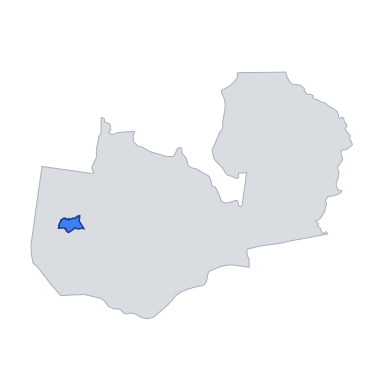 Limulunga, Western, Zambia shown in context, rotated 8°
{"feature_id": "96606910B48739682467937", "entity_name": "Limulunga", "entity_type": "district", "adm_level": 2, "iso_a3": "ZMB", "parent_name": "Zambia", "parent_adm1": "Western", "projection": "mercator", "projection_center": [23.382, -14.96], "detail": "fine", "context": "in_parent", "style": "filled", "palette": "blue", "viewbox_px": 384, "rotation_deg": 8, "n_neighbors": 0, "source": "geoboundaries", "source_scale": "gbopen_adm2", "svg_char_len": 5835}
<svg xmlns="http://www.w3.org/2000/svg" viewBox="0 0 384 384"><g transform="rotate(8 192 192)"><path d="M259.1,258.6L241.7,258.6L235.4,260.0L230.2,262.2L224.0,265.6L220.5,267.9L219.5,269.2L219.0,272.1L219.0,276.5L218.4,279.7L216.5,282.7L207.1,286.2L200.9,289.1L194.9,292.6L190.3,297.0L187.2,302.5L182.0,309.3L171.2,321.5L164.9,323.8L159.6,323.3L153.3,320.8L148.2,320.3L144.5,321.9L141.0,321.4L137.9,318.8L135.2,317.9L133.1,318.6L130.3,318.4L125.3,317.0L121.0,312.7L118.6,310.9L116.8,310.2L111.6,309.5L99.7,308.5L87.3,310.7L76.4,312.9L65.3,303.2L54.7,292.9L52.4,290.4L48.4,286.9L45.5,285.3L44.4,284.4L41.5,275.4L39.9,267.0L39.9,187.6L88.4,187.6L91.6,187.2L91.7,186.4L89.5,182.2L89.6,180.7L90.2,177.8L92.3,172.1L92.4,170.2L91.5,164.0L91.5,160.5L92.1,153.5L91.8,151.2L92.9,148.0L93.3,146.0L93.7,145.1L93.2,142.7L92.2,134.4L91.7,130.9L94.6,131.4L95.5,133.1L96.1,135.0L97.4,135.1L100.9,136.2L102.1,137.7L102.8,141.1L102.4,142.8L101.3,144.1L102.4,145.4L104.7,146.2L106.0,145.9L109.9,143.7L113.5,142.8L115.4,142.2L123.4,140.7L125.0,139.9L126.1,139.9L126.9,140.6L126.2,142.9L125.9,145.0L126.9,149.0L127.7,150.8L129.3,152.2L130.5,152.9L131.9,154.3L134.7,154.1L140.8,156.1L142.7,157.0L145.3,157.9L147.1,158.3L153.4,159.0L160.1,160.1L163.6,160.2L166.1,159.9L167.8,159.4L168.8,158.7L169.3,158.2L171.8,150.6L173.1,150.1L174.8,149.7L175.8,150.4L176.8,155.1L181.7,159.4L183.3,163.0L184.5,166.1L185.6,166.9L187.4,168.0L190.3,168.3L193.0,168.5L206.0,173.7L207.4,174.7L209.0,177.5L210.0,180.6L211.0,183.2L212.7,183.6L214.2,183.8L215.7,185.5L216.8,187.1L220.7,193.3L221.2,195.7L223.1,197.4L225.6,198.1L228.0,198.2L229.3,197.5L232.7,196.2L235.3,194.7L237.1,194.2L238.3,194.5L239.1,195.5L239.7,198.6L241.5,199.7L242.9,199.3L243.4,198.0L243.5,197.4L243.4,165.0L242.2,165.2L240.7,166.1L237.3,166.3L236.0,166.9L235.5,168.0L235.8,169.3L235.9,171.2L235.4,172.0L233.9,172.4L231.7,171.6L227.7,170.7L224.4,170.2L222.0,167.7L218.8,164.1L216.7,162.2L211.6,158.4L210.8,157.6L209.2,155.9L207.9,152.8L206.7,149.3L206.0,147.1L207.2,143.7L210.2,132.5L210.9,129.1L213.3,125.5L213.5,122.4L212.5,118.3L212.8,116.1L213.1,103.4L212.4,99.3L210.8,94.9L207.1,88.7L207.1,87.3L212.7,83.3L214.4,81.8L217.3,78.5L219.3,75.8L220.6,73.5L221.0,70.6L220.1,67.9L222.0,67.3L268.3,60.2L269.0,62.1L270.4,65.2L272.0,67.5L274.0,69.6L275.7,70.8L276.8,71.2L283.9,71.1L286.5,72.3L288.7,73.9L289.3,76.3L290.7,77.8L292.3,79.0L293.0,79.2L294.2,78.9L296.1,78.8L297.9,79.4L298.7,79.9L298.8,81.9L299.3,82.8L301.8,83.2L304.2,83.3L306.6,84.7L309.1,85.0L312.1,85.5L313.5,87.0L316.7,88.5L320.5,89.9L324.8,92.2L324.9,92.9L325.6,94.2L326.3,95.1L326.4,96.5L326.8,97.8L327.9,98.2L328.8,98.3L329.6,97.3L330.7,97.3L332.0,97.9L332.4,99.4L333.4,101.5L335.0,102.8L336.0,104.2L335.6,106.6L335.0,108.8L337.1,111.0L339.9,113.1L340.6,114.0L340.9,117.1L341.3,118.2L343.2,120.7L344.1,122.4L344.0,123.4L339.0,128.5L335.9,129.3L334.5,130.4L333.7,131.5L335.7,136.6L336.8,138.5L335.9,140.9L333.9,145.0L332.9,145.4L332.8,148.5L333.4,149.6L334.4,150.5L334.8,152.6L334.7,157.9L333.4,163.9L335.7,169.1L336.5,169.6L339.7,169.7L340.2,170.1L339.5,171.6L337.2,173.9L333.2,175.7L327.4,177.7L326.2,179.6L325.5,182.3L326.1,183.9L326.9,184.9L326.6,187.3L326.1,189.8L326.3,191.8L326.0,193.6L325.3,194.4L324.3,197.1L323.0,199.8L322.0,201.0L320.6,202.3L318.3,203.3L318.3,203.9L320.9,205.1L321.6,206.0L321.8,206.5L320.8,207.9L321.9,208.7L323.4,209.4L324.8,211.2L326.4,214.6L326.7,214.9L327.1,214.9L328.0,214.6L329.6,213.2L330.7,212.7L332.1,214.7L307.9,223.0L302.3,224.7L293.8,227.6L291.0,228.7L288.8,229.8L266.3,236.3L262.8,237.6L254.8,240.9L254.5,241.5L254.6,243.0L255.3,246.1L256.7,249.0L257.9,250.6L258.6,254.9L259.1,258.6Z" fill="#d9dde1" stroke="#a8b0b8" stroke-width="1"/><path d="M64.8,246.4L70.3,245.3L71.0,245.4L71.3,246.2L71.5,246.3L72.6,246.1L72.8,246.3L72.8,247.8L73.2,248.2L74.8,249.2L75.2,249.3L75.6,249.1L76.3,248.4L77.2,247.8L78.1,246.9L78.3,246.7L79.7,245.6L80.0,245.3L80.4,244.4L80.7,244.0L80.9,243.9L81.8,244.0L82.9,244.3L85.0,244.4L86.1,243.8L87.5,243.5L88.8,243.2L90.0,243.3L84.4,236.6L84.1,231.0L83.9,231.0L83.7,231.2L83.7,231.3L83.6,231.2L83.5,231.3L83.4,231.3L83.4,231.5L83.2,231.7L83.0,231.8L82.9,231.9L82.7,231.9L82.8,232.0L82.7,232.0L82.5,232.3L82.4,232.2L82.3,232.3L82.2,232.4L82.3,232.4L82.2,232.5L81.9,232.5L81.7,232.8L81.5,233.0L81.4,233.0L81.2,233.1L80.9,233.1L80.7,233.2L80.6,233.3L80.4,233.3L80.4,233.5L80.2,233.6L80.0,233.8L80.0,234.0L80.0,234.3L79.9,234.3L79.7,234.4L79.7,234.5L79.4,234.6L79.2,234.6L78.8,234.5L78.6,234.4L78.3,234.4L77.8,234.6L77.7,234.6L77.4,234.6L77.2,234.6L77.1,234.8L76.8,235.0L76.7,235.2L76.6,235.3L76.4,235.4L76.2,235.4L76.1,235.5L75.8,235.8L75.7,235.8L75.4,235.8L75.2,236.0L74.9,236.1L74.7,236.1L74.3,236.0L74.2,235.9L74.1,236.0L73.9,236.2L73.6,236.2L73.5,236.3L73.6,236.5L73.4,236.5L73.2,236.4L73.2,236.2L73.1,236.3L72.9,236.4L72.7,236.5L72.7,236.4L72.6,236.5L72.6,236.4L72.5,236.5L72.4,236.6L72.2,236.4L71.9,236.4L71.7,236.6L71.4,236.6L71.2,236.5L71.2,236.4L70.9,236.3L70.9,236.2L70.7,236.0L70.4,236.1L70.4,235.9L70.5,235.8L70.5,235.7L70.4,235.6L70.2,235.6L69.9,235.7L69.7,235.7L69.6,235.8L69.4,235.8L69.3,235.7L69.2,235.8L68.9,235.7L68.8,235.8L68.7,235.8L68.6,236.0L68.4,236.1L68.2,236.3L68.0,236.5L67.9,236.5L67.7,236.8L67.5,237.0L67.4,237.1L67.2,237.1L66.9,237.3L66.7,237.4L66.7,237.5L66.4,237.6L66.4,237.8L66.6,238.0L66.7,238.3L66.5,238.5L66.2,238.6L66.0,238.8L66.2,239.0L66.3,239.1L66.3,239.3L66.2,239.3L65.9,239.5L65.9,239.9L65.8,240.0L65.7,240.2L65.7,240.3L65.6,240.5L65.5,240.8L65.4,241.0L65.4,241.3L65.2,241.5L65.2,241.8L65.3,241.8L65.3,242.0L65.2,242.2L65.2,242.3L64.9,242.4L64.9,242.5L65.0,242.7L65.0,242.8L65.0,243.0L65.1,243.3L65.2,243.5L64.9,243.6L64.8,243.8L65.1,243.9L65.1,244.0L65.0,244.3L65.0,244.5L65.2,244.8L65.1,245.0L65.3,245.3L65.2,245.5L64.9,245.6L64.9,245.8L64.9,246.0L64.8,246.3L64.8,246.4Z" fill="#3b82f6" stroke="#1e3a8a" stroke-width="1.5"/></g></svg>